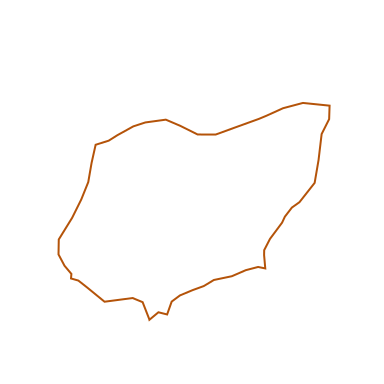 the district of Aplanta, Larnaca, Cyprus, rotated 115°
{"feature_id": "46923920B85931406111700", "entity_name": "Aplanta", "entity_type": "district", "adm_level": 2, "iso_a3": "CYP", "parent_name": "Cyprus", "parent_adm1": "Larnaca", "projection": "mercator", "projection_center": [33.482, 34.828], "detail": "fine", "context": "isolated", "style": "outline", "palette": "amber", "viewbox_px": 384, "rotation_deg": 115, "n_neighbors": 0, "source": "geoboundaries", "source_scale": "gbopen_adm2", "svg_char_len": 810}
<svg xmlns="http://www.w3.org/2000/svg" viewBox="0 0 384 384"><g transform="rotate(115 192 192)"><path d="M325.8,176.6L315.2,171.6L313.5,162.8L299.9,164.1L290.8,159.2L280.7,150.0L272.3,141.6L262.5,135.0L251.5,120.3L240.1,110.2L232.0,100.4L230.3,93.3L218.7,100.0L214.2,102.0L201.5,101.5L181.7,97.4L175.1,97.4L163.9,94.9L155.8,90.3L131.9,84.7L109.6,90.8L84.7,99.0L68.0,98.5L55.6,103.8L64.4,129.1L77.6,144.9L91.8,157.1L97.4,162.2L116.2,181.1L129.9,194.8L137.5,211.2L137.0,230.5L137.5,246.3L148.7,263.7L157.3,272.9L172.0,283.6L180.7,289.2L189.9,299.3L208.1,295.3L226.9,290.2L245.6,289.2L265.5,289.7L265.9,289.7L291.3,292.7L305.0,286.6L312.7,276.4L317.2,266.7L321.5,265.1L320.3,257.6L322.8,246.9L328.4,224.9L313.2,201.0L312.7,190.2L325.3,177.0L325.8,176.6Z" fill="none" stroke="#b45309" stroke-width="2"/></g></svg>